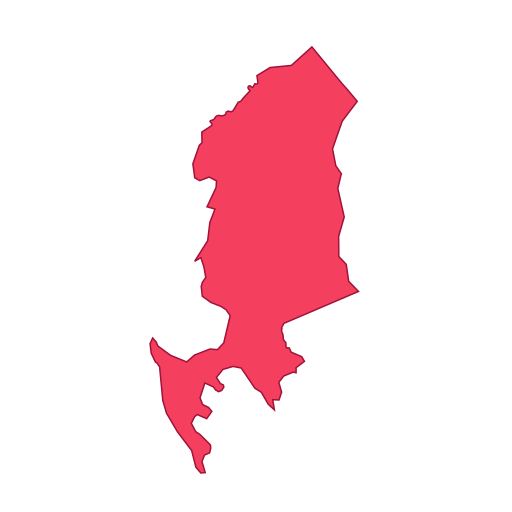 the district of Queen Anne's, Maryland, United States of America, rotated 324°
{"feature_id": "52423323B53512454602615", "entity_name": "Queen Anne's", "entity_type": "district", "adm_level": 2, "iso_a3": "USA", "parent_name": "United States of America", "parent_adm1": "Maryland", "projection": "natural_earth1", "projection_center": [-76.091, 39.048], "detail": "fine", "context": "isolated", "style": "filled", "palette": "rose", "viewbox_px": 512, "rotation_deg": 324, "n_neighbors": 0, "source": "geoboundaries", "source_scale": "gbopen_adm2", "svg_char_len": 2310}
<svg xmlns="http://www.w3.org/2000/svg" viewBox="0 0 512 512"><g transform="rotate(324 256 256)"><path d="M203.3,224.2L210.4,225.0L207.4,234.3L205.8,237.6L202.8,243.8L197.3,245.7L193.8,248.4L188.9,257.0L192.2,267.1L198.1,276.3L200.2,281.9L200.0,289.1L178.9,307.3L169.8,309.1L164.1,304.2L163.7,304.1L147.9,300.0L143.9,300.4L137.6,300.9L128.5,286.1L123.7,271.1L124.7,267.1L124.2,261.6L118.8,264.6L114.1,273.0L112.3,282.7L113.0,284.4L112.8,289.1L95.6,318.2L91.2,330.6L89.1,352.4L89.6,375.5L83.2,391.6L83.8,399.1L87.6,401.4L91.5,390.5L97.4,386.8L102.8,388.0L106.4,384.9L108.1,382.1L105.7,367.2L104.0,362.7L105.3,353.5L105.3,353.4L111.9,349.9L115.3,349.8L120.5,358.6L128.9,355.8L128.6,350.6L125.5,344.8L127.4,337.8L140.0,328.7L144.5,336.7L144.6,340.7L146.0,343.8L149.2,344.6L152.9,343.2L153.8,341.2L152.2,338.2L152.6,331.0L161.1,328.7L162.6,328.3L172.6,331.9L178.2,338.0L177.4,362.5L180.2,369.3L178.8,383.2L179.8,388.2L180.4,391.3L185.1,382.1L190.0,386.0L196.7,381.2L200.2,371.6L207.8,369.4L217.6,371.7L219.8,374.0L222.8,369.9L233.3,369.7L233.8,364.3L227.9,354.4L228.9,350.0L226.7,348.1L227.2,346.4L228.4,345.0L229.3,343.4L229.0,341.8L229.2,339.2L230.7,337.1L231.8,334.8L232.1,333.1L233.2,330.7L234.3,330.1L234.5,329.1L239.1,326.9L318.1,344.9L316.1,331.0L324.1,315.8L322.7,305.1L334.4,288.7L350.3,276.3L361.9,249.4L373.4,239.6L373.6,229.9L380.9,214.3L405.0,197.6L428.8,190.4L428.8,190.2L427.8,175.4L426.9,166.5L424.1,119.7L396.6,122.6L378.2,111.8L362.8,110.6L359.2,117.3L357.8,117.3L357.0,117.0L356.7,116.3L356.1,116.0L354.9,116.6L353.0,117.6L352.4,117.5L351.9,116.9L351.4,115.1L350.7,114.4L349.6,114.3L348.9,114.6L348.3,115.4L348.1,116.9L348.2,117.8L348.5,118.5L348.3,118.8L347.8,119.1L346.3,119.2L338.2,120.8L335.5,121.7L334.4,121.8L333.4,121.6L332.1,121.1L322.8,125.0L321.3,124.9L320.6,124.6L318.5,122.3L316.7,122.1L314.3,123.6L313.0,123.4L310.7,122.6L308.4,120.2L306.4,119.6L305.0,119.7L302.7,120.6L301.7,120.7L300.9,120.5L300.2,120.3L299.5,120.0L298.9,119.8L298.5,119.8L298.3,119.8L298.0,120.1L297.8,120.4L297.8,121.0L298.0,122.3L297.9,123.0L297.8,123.6L297.3,124.2L296.9,124.4L285.0,123.9L278.9,132.6L275.2,133.1L259.1,144.3L252.4,156.7L254.8,162.0L264.5,164.6L268.2,172.0L264.0,177.1L245.3,187.4L250.4,193.9L238.4,201.7L225.9,215.2L203.3,224.2Z" fill="#f43f5e" stroke="#9f1239" stroke-width="1.5"/></g></svg>